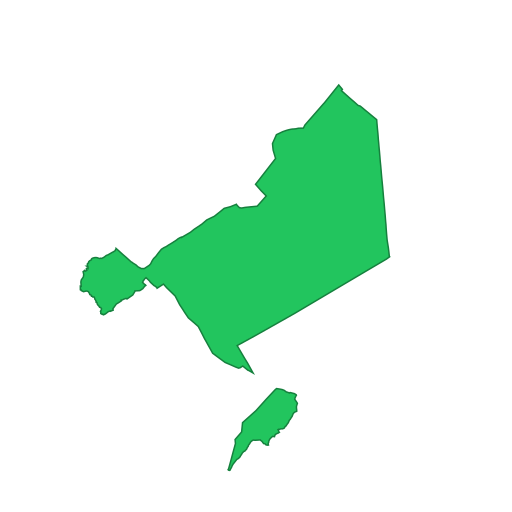 Joquicingo, México, Mexico, rotated 38°
{"feature_id": "50627088B35119178104761", "entity_name": "Joquicingo", "entity_type": "district", "adm_level": 2, "iso_a3": "MEX", "parent_name": "Mexico", "parent_adm1": "México", "projection": "mercator", "projection_center": [-99.521, 19.062], "detail": "fine", "context": "isolated", "style": "filled", "palette": "green", "viewbox_px": 512, "rotation_deg": 38, "n_neighbors": 0, "source": "geoboundaries", "source_scale": "gbopen_adm2", "svg_char_len": 5644}
<svg xmlns="http://www.w3.org/2000/svg" viewBox="0 0 512 512"><g transform="rotate(38 256 256)"><path d="M361.2,174.1L358.2,171.0L355.2,168.0L352.3,165.3L349.5,162.7L345.3,158.2L341.2,153.7L339.2,151.4L337.1,149.2L333.0,144.7L328.8,140.2L324.8,135.9L320.8,131.7L316.8,127.4L312.8,123.1L310.8,121.0L306.7,116.7L302.7,112.4L298.7,108.1L294.7,103.9L292.7,101.7L288.8,97.5L286.8,95.4L282.9,91.2L280.9,89.1L277.0,84.8L273.0,80.6L269.1,76.4L267.2,74.3L260.8,74.1L257.6,74.0L252.9,73.9L246.4,73.7L245.8,73.7L243.7,74.5L238.5,74.1L235.9,74.0L231.8,73.8L226.0,73.4L221.5,73.1L221.5,71.5L215.9,70.3L215.6,93.5L215.5,94.1L215.1,101.2L213.9,122.6L214.6,126.1L213.2,127.2L211.6,128.5L210.8,129.2L210.0,130.1L209.2,131.1L208.6,131.7L207.4,132.8L206.7,133.4L206.0,134.1L205.2,135.0L204.6,135.7L203.5,137.1L202.5,138.5L200.5,141.6L197.4,147.8L199.8,157.3L204.3,162.0L207.5,164.3L211.4,167.1L211.5,199.8L214.1,200.3L219.8,201.4L227.1,202.4L226.3,216.0L222.2,219.9L217.5,224.4L215.2,227.0L213.3,228.1L211.7,228.0L209.4,227.6L208.7,227.3L205.5,232.9L201.6,238.0L200.1,244.6L198.7,250.4L196.5,254.8L195.0,257.9L193.7,264.3L190.8,273.1L189.7,277.8L187.2,284.0L186.0,287.1L185.7,286.9L185.0,288.0L184.0,290.3L183.8,291.1L183.7,291.6L183.5,292.5L183.3,293.1L183.2,293.3L182.9,294.3L182.4,295.6L182.4,295.8L182.2,296.3L181.5,298.2L181.3,298.8L180.4,301.0L179.4,304.0L178.4,305.9L177.3,308.9L177.2,313.5L177.3,318.0L176.9,321.0L177.1,323.6L177.8,327.1L177.6,329.1L175.7,334.7L173.3,336.5L169.7,337.2L167.0,336.9L163.7,337.3L161.9,337.3L161.3,337.5L154.5,337.0L150.3,336.8L144.9,336.4L141.1,336.2L141.3,336.5L141.4,337.6L141.8,338.2L141.0,340.7L140.8,340.9L140.1,342.6L138.6,346.3L137.7,347.7L137.1,350.2L136.0,352.8L135.0,353.3L134.3,354.3L132.0,355.1L131.5,355.3L130.1,356.3L129.3,357.3L128.8,357.9L128.3,358.9L128.2,359.7L128.6,360.3L127.8,362.4L127.7,363.5L128.0,364.4L128.2,364.5L128.0,366.2L129.5,367.6L128.9,368.2L130.4,368.0L131.4,369.4L130.2,369.8L130.2,370.8L131.5,371.4L130.8,373.1L129.7,373.0L129.7,374.0L129.4,374.8L129.9,375.2L131.7,376.7L132.9,379.0L133.0,381.6L133.1,382.5L134.0,384.3L136.9,387.5L136.1,387.9L138.4,390.8L138.5,390.8L138.9,390.3L139.7,390.8L142.1,390.3L143.1,389.0L143.8,388.1L144.8,387.6L145.9,387.3L147.9,388.1L148.3,388.4L148.8,388.7L149.3,388.6L149.9,388.4L150.4,388.4L151.1,389.0L151.5,388.7L152.1,388.6L152.6,388.8L153.7,388.0L154.3,388.3L155.0,388.6L155.2,388.9L155.7,389.3L156.5,389.4L156.8,389.6L157.3,389.9L158.0,390.1L158.3,390.8L158.9,390.6L159.0,390.6L159.5,390.7L160.3,391.5L161.3,391.9L161.7,392.0L162.8,392.2L163.4,392.2L163.8,392.5L164.3,392.7L165.4,392.2L165.9,392.5L166.8,392.7L167.2,393.8L167.4,394.5L167.5,395.4L168.0,395.6L168.6,396.2L169.1,396.9L169.9,396.8L170.6,396.7L170.8,396.4L170.9,396.2L171.1,396.1L171.3,396.2L171.5,396.3L171.8,396.4L172.0,396.3L172.2,396.0L172.4,395.6L172.5,395.4L172.6,395.1L172.7,394.7L172.9,394.5L172.9,394.4L173.0,394.4L173.4,392.8L173.8,391.0L175.0,389.0L175.4,389.1L176.8,386.6L175.7,385.7L175.7,385.2L175.5,379.8L176.2,378.1L177.5,374.3L176.9,373.8L177.8,372.8L178.2,371.7L179.7,369.4L180.8,369.3L182.9,362.6L182.4,358.4L182.1,358.0L182.6,357.6L185.0,355.5L185.7,354.9L186.5,352.8L186.5,352.4L186.9,351.7L186.9,350.0L186.9,348.3L187.3,347.0L186.6,346.8L185.9,346.9L184.7,346.9L184.0,346.7L182.9,346.7L182.8,346.1L182.7,345.8L182.4,345.1L182.5,344.1L182.4,343.2L182.4,342.3L182.7,340.8L185.3,341.0L187.3,341.2L188.9,341.7L193.9,342.1L194.9,341.9L196.6,341.9L197.0,341.8L197.9,342.3L200.4,335.1L205.1,336.0L208.8,336.4L212.6,336.8L217.0,337.3L222.0,339.6L225.9,341.4L231.3,343.2L234.6,344.4L240.8,346.4L247.3,346.7L253.9,347.1L257.9,348.9L261.2,350.4L266.5,352.9L269.7,354.2L272.7,355.5L276.3,357.0L281.7,359.3L286.2,359.2L289.8,359.1L293.4,359.0L297.2,358.9L302.8,357.4L308.4,356.0L311.3,355.1L312.3,353.8L313.3,350.9L320.1,351.0L320.7,350.7L325.7,350.0L315.3,345.6L309.9,343.6L296.3,338.2L304.5,319.1L321.8,277.4L348.0,210.4L360.7,178.1L361.8,174.3L361.2,174.1ZM382.2,397.3L381.8,397.0L381.1,396.4L380.9,395.9L380.8,395.3L380.4,394.5L379.9,393.6L379.6,391.3L379.9,389.1L380.2,387.8L381.1,387.4L381.8,387.0L381.6,386.5L381.2,385.8L381.3,384.2L382.1,382.5L382.5,381.9L382.9,380.7L382.5,380.7L382.1,380.2L381.2,379.7L380.2,379.3L380.5,378.6L381.0,378.4L381.6,377.5L382.2,376.7L383.3,375.9L384.1,374.6L384.2,373.8L384.0,372.9L384.0,372.3L384.3,371.5L384.1,369.6L384.1,367.6L383.7,366.0L383.4,365.0L383.5,363.5L383.3,362.0L383.2,360.2L382.4,357.5L382.4,356.2L382.7,355.0L383.7,353.3L383.0,352.4L382.3,351.7L381.5,350.9L380.6,349.8L380.4,349.4L379.8,348.0L379.4,346.7L378.6,346.3L375.2,345.2L374.8,345.1L374.2,344.0L373.7,341.9L373.6,341.4L373.6,340.9L373.1,340.6L371.0,340.8L366.9,342.6L366.7,343.4L365.8,343.6L364.9,343.9L364.1,344.2L363.7,344.5L362.8,344.4L361.8,344.5L360.9,344.5L358.9,345.1L357.1,346.0L353.8,347.8L353.4,349.7L352.2,363.2L351.2,377.8L348.0,395.6L353.0,403.5L352.5,413.5L355.3,416.5L359.2,425.8L361.3,430.7L362.4,433.3L365.4,440.5L365.5,441.5L366.1,441.7L366.5,441.5L366.9,441.4L367.3,441.1L367.4,440.6L367.2,439.8L367.0,439.2L366.9,437.9L366.4,436.2L366.3,435.5L366.1,434.2L366.1,433.3L366.1,430.6L366.1,428.1L366.9,426.2L366.9,425.5L367.0,424.8L367.1,423.9L366.9,423.3L366.8,422.4L366.8,421.3L366.6,420.4L366.5,419.6L366.6,418.9L366.7,417.6L367.3,416.7L367.3,415.8L367.4,415.0L367.5,414.0L367.4,413.5L367.2,413.0L367.0,411.7L367.0,410.6L366.6,409.8L366.5,409.0L366.6,408.1L366.4,406.8L366.3,405.7L366.5,404.5L367.1,402.8L368.8,401.7L372.6,398.3L373.1,398.4L373.7,398.4L374.5,398.4L374.9,398.4L375.7,398.6L376.1,398.8L377.6,399.1L378.8,398.4L379.3,398.5L380.2,398.7L381.1,398.2L381.9,397.7L382.2,397.3Z" fill="#22c55e" stroke="#15803d" stroke-width="1.5"/></g></svg>